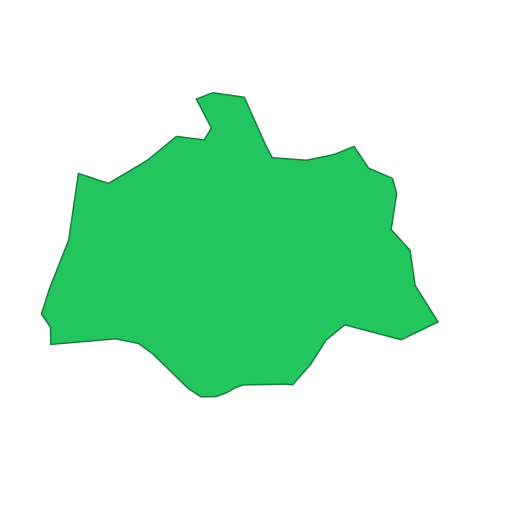 the border of Santa Catarina, rotated 285°
{"feature_id": "CPV-5046", "entity_name": "Santa Catarina", "entity_type": "state/province", "adm_level": 1, "iso_a3": "CPV", "parent_name": "Cabo Verde", "parent_adm1": "", "projection": "mercator", "projection_center": [-23.71, 15.076], "detail": "fine", "context": "isolated", "style": "filled", "palette": "green", "viewbox_px": 512, "rotation_deg": 285, "n_neighbors": 0, "source": "natural_earth", "source_scale": "10m", "svg_char_len": 668}
<svg xmlns="http://www.w3.org/2000/svg" viewBox="0 0 512 512"><g transform="rotate(285 256 256)"><path d="M239.4,448.9L212.7,417.9L212.5,359.5L192.9,345.5L164.9,336.6L141.1,324.7L140.0,318.1L128.2,277.1L123.4,270.1L116.5,263.2L109.9,253.8L105.7,239.4L110.4,225.0L134.9,181.3L141.1,165.0L139.6,141.6L117.5,80.7L134.0,75.9L144.4,63.8L171.3,65.0L222.9,71.0L289.8,63.1L287.9,94.7L320.4,126.4L350.9,148.2L354.7,175.9L368.1,179.8L392.1,157.8L402.5,171.9L406.3,203.6L365.7,236.5L355.2,246.3L361.5,279.9L374.1,304.9L387.2,322.3L370.0,342.1L366.2,367.8L352.8,375.7L316.5,379.7L301.3,403.4L268.8,417.3L239.4,448.9Z" fill="#22c55e" stroke="#15803d" stroke-width="1.5"/></g></svg>